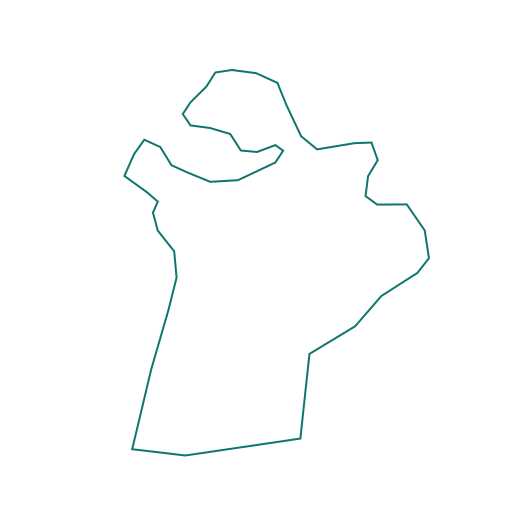 San Pawl il-Bahar, Albers equal-area conic projection, rotated 165°
{"feature_id": "MLT-5926", "entity_name": "San Pawl il-Bahar", "entity_type": "state/province", "adm_level": 1, "iso_a3": "MLT", "parent_name": "Malta", "parent_adm1": "", "projection": "albers", "projection_center": [14.403, 35.938], "detail": "fine", "context": "isolated", "style": "outline", "palette": "teal", "viewbox_px": 512, "rotation_deg": 165, "n_neighbors": 0, "source": "natural_earth", "source_scale": "10m", "svg_char_len": 772}
<svg xmlns="http://www.w3.org/2000/svg" viewBox="0 0 512 512"><g transform="rotate(165 256 256)"><path d="M260.4,68.2L375.9,81.6L425.6,101.4L386.5,173.7L354.9,225.9L338.3,255.7L333.8,281.7L344.3,305.9L344.3,324.6L336.8,333.9L344.3,345.1L362.4,367.4L347.4,386.0L333.8,397.2L320.2,386.0L314.2,365.6L300.6,354.4L281.0,339.5L253.8,333.9L213.1,341.3L202.5,350.7L208.6,358.1L228.2,356.2L243.3,361.8L249.3,380.5L267.4,391.6L285.5,399.1L290.0,412.1L279.5,421.4L259.9,432.6L247.8,443.8L231.2,441.9L208.6,432.6L190.5,417.7L187.5,393.5L181.4,360.0L169.4,343.2L131.7,339.5L115.1,335.7L113.6,317.1L127.1,304.1L134.7,285.5L125.6,274.3L97.0,266.8L86.4,237.0L89.5,209.1L104.5,197.9L145.3,184.9L178.4,162.5L229.7,147.6L260.4,68.2Z" fill="none" stroke="#0f766e" stroke-width="2"/></g></svg>